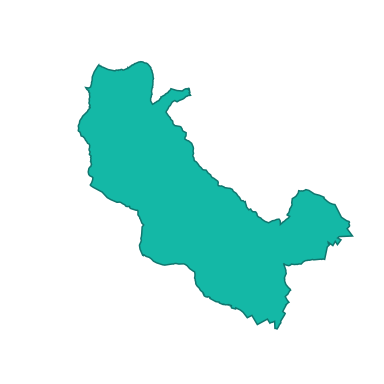 the district of Pestisu Mic, Hunedoara, Romania, rotated 39°
{"feature_id": "2599482B25386537179631", "entity_name": "Pestisu Mic", "entity_type": "district", "adm_level": 2, "iso_a3": "ROU", "parent_name": "Romania", "parent_adm1": "Hunedoara", "projection": "albers", "projection_center": [22.828, 45.805], "detail": "fine", "context": "isolated", "style": "filled", "palette": "teal", "viewbox_px": 384, "rotation_deg": 39, "n_neighbors": 0, "source": "geoboundaries", "source_scale": "gbopen_adm2", "svg_char_len": 6038}
<svg xmlns="http://www.w3.org/2000/svg" viewBox="0 0 384 384"><g transform="rotate(39 192 192)"><path d="M110.6,125.0L110.9,126.1L110.9,127.3L110.5,128.7L110.9,129.6L109.7,132.6L109.8,133.7L108.8,136.0L108.4,137.5L108.1,137.6L108.7,138.9L108.5,139.8L108.7,141.8L107.7,143.8L107.6,144.8L107.0,145.9L107.0,146.7L106.1,148.7L102.6,147.3L100.8,145.1L100.5,143.8L99.3,141.8L99.5,141.3L97.2,139.3L95.6,136.4L95.6,135.4L94.8,134.8L94.3,133.5L92.8,131.7L92.3,130.8L91.5,130.2L90.6,127.9L89.9,127.6L87.6,125.2L85.3,123.7L84.7,123.0L82.3,122.0L81.7,121.2L77.3,120.4L75.6,120.5L73.8,121.6L72.1,121.8L70.1,123.0L69.9,123.6L69.0,124.2L67.2,127.7L66.7,128.2L66.3,130.2L65.8,130.6L65.4,131.5L65.4,132.4L64.9,133.2L65.1,133.6L64.8,134.3L64.9,134.7L64.4,135.2L64.3,135.7L63.9,135.7L64.4,136.4L63.9,136.8L62.2,140.1L61.5,140.8L60.7,140.8L60.0,141.1L59.6,141.6L59.5,142.2L58.2,143.3L58.2,143.9L57.6,144.1L56.3,145.0L56.1,146.0L55.6,146.5L49.8,149.6L44.1,151.1L43.0,151.6L42.2,151.4L41.7,151.9L40.9,151.7L40.4,152.3L40.1,152.3L39.6,151.9L39.6,153.6L40.4,160.1L42.1,165.4L44.2,168.2L45.0,170.2L45.8,171.1L47.1,174.4L46.1,176.4L43.7,177.7L45.7,178.4L48.3,178.4L48.6,179.2L50.2,179.5L50.6,180.4L52.9,182.6L53.6,184.6L54.5,185.1L54.7,185.7L55.2,186.1L55.7,187.4L56.4,188.1L57.6,188.5L58.3,189.0L58.4,190.2L58.7,190.6L59.3,190.2L59.8,190.5L59.7,194.0L60.1,195.0L59.3,202.0L59.7,203.6L59.8,205.9L60.1,207.5L61.4,209.7L61.8,211.7L62.4,212.6L63.7,213.6L65.0,215.9L65.5,216.1L66.8,215.9L68.1,216.4L70.5,218.2L72.5,217.5L74.8,217.8L76.6,218.7L78.3,219.0L80.2,219.8L81.8,219.5L83.1,220.1L84.5,222.0L85.0,223.4L85.7,224.2L87.4,224.9L87.9,225.5L88.4,227.2L88.9,227.5L90.4,227.4L91.0,227.7L91.4,229.0L92.3,229.4L93.4,231.2L93.9,231.5L94.2,231.9L94.1,232.3L95.0,232.6L96.7,234.0L96.7,234.7L97.0,235.0L97.3,236.0L96.9,237.0L97.1,238.7L98.7,241.7L100.5,243.2L102.1,243.7L105.2,243.1L106.0,243.3L107.2,245.2L108.2,248.1L108.5,250.5L109.0,250.8L112.3,250.5L122.2,248.6L129.7,249.7L133.8,249.0L140.2,247.2L142.2,245.3L143.7,244.8L145.2,244.8L147.9,244.2L149.0,244.6L149.9,244.6L151.6,243.5L152.5,242.5L153.7,243.4L154.8,243.4L159.7,241.5L161.3,240.5L162.2,241.0L164.4,243.8L167.1,244.5L168.0,245.3L169.2,245.7L172.5,247.7L175.2,248.0L175.2,250.5L178.8,255.5L180.7,258.4L181.4,260.1L182.2,260.9L182.9,261.2L183.7,263.0L184.5,266.1L184.9,266.7L187.7,269.2L193.5,272.2L194.3,272.0L194.1,271.1L196.9,270.9L199.9,269.7L202.7,269.6L205.6,270.0L209.1,269.3L215.1,267.0L216.9,265.9L222.0,260.3L222.8,259.8L223.4,258.7L224.5,257.6L227.1,256.3L230.7,253.1L232.0,252.6L234.7,252.3L238.3,253.0L242.8,252.7L244.2,252.4L245.8,253.7L247.3,255.6L248.1,257.2L249.1,257.6L250.4,258.9L251.7,259.7L252.0,260.3L253.2,261.2L255.4,261.9L257.9,262.1L260.5,263.1L263.9,263.2L265.3,263.9L265.0,264.1L266.8,265.0L268.4,264.8L269.9,264.1L270.1,264.0L270.3,263.2L271.9,262.7L272.5,262.6L272.9,263.4L279.5,262.2L282.5,260.5L283.1,261.0L287.1,259.8L287.2,259.2L288.7,258.8L291.0,256.8L291.6,257.5L291.3,256.6L291.5,256.4L293.0,256.0L293.6,256.9L293.3,255.9L294.1,256.7L293.6,255.7L294.1,255.5L294.8,256.6L295.7,257.2L299.5,255.5L298.9,254.5L303.8,253.3L307.5,253.3L314.1,254.9L316.2,250.2L326.2,253.9L330.6,243.3L335.1,244.9L335.3,244.0L336.5,242.6L337.6,240.5L342.3,245.8L343.0,245.3L344.3,244.9L344.0,242.5L343.3,239.6L343.5,239.0L343.5,238.5L343.2,237.5L342.6,237.0L342.2,236.4L341.2,228.9L340.8,227.7L337.8,227.8L337.6,227.2L336.3,220.7L336.0,220.7L336.5,217.1L336.7,216.7L333.9,216.1L330.3,214.6L330.4,212.9L330.8,211.4L330.1,207.4L330.4,206.2L329.2,205.7L327.1,205.6L323.2,204.8L320.2,203.0L319.5,202.3L318.9,201.3L318.5,201.3L317.8,200.4L316.9,197.7L316.6,196.2L314.5,194.3L314.3,193.8L308.5,190.2L308.6,189.9L310.2,189.9L313.4,188.5L314.1,187.6L314.6,186.3L314.6,185.5L317.4,183.8L318.6,182.5L319.3,182.2L320.5,180.5L322.2,179.3L322.4,176.6L322.7,175.5L323.4,173.9L324.8,172.5L324.9,172.1L326.5,170.8L328.1,168.6L329.3,168.1L334.5,163.0L335.3,162.7L335.9,161.6L337.5,160.9L331.7,149.6L332.0,146.6L330.6,146.4L329.4,145.3L335.2,145.0L334.4,140.2L338.2,141.4L337.9,135.4L334.1,136.1L334.5,134.0L344.4,125.2L335.6,122.9L335.9,119.6L335.3,118.6L333.9,118.1L333.4,116.4L332.6,116.1L330.3,117.0L324.0,117.6L311.0,111.8L309.1,112.9L306.0,113.9L303.3,114.1L298.5,113.9L298.0,113.0L297.8,113.0L293.2,114.3L288.4,116.5L281.9,117.2L279.0,118.5L278.5,119.9L277.3,121.7L276.4,122.2L275.5,123.1L274.1,123.8L275.2,126.0L275.5,129.6L275.0,131.7L274.1,134.0L276.3,137.6L277.8,138.9L278.4,141.3L278.7,143.8L279.6,145.3L280.3,147.3L280.1,149.5L281.1,149.9L281.9,149.4L281.6,149.8L283.2,149.4L283.3,151.5L282.5,154.0L282.1,157.1L281.6,157.8L281.7,158.1L281.1,161.6L279.5,159.7L278.4,158.8L276.7,158.3L275.1,160.0L274.0,162.2L272.6,163.7L270.9,167.7L267.2,168.9L263.6,169.2L261.9,168.9L259.3,169.6L257.6,169.3L255.9,167.9L254.0,167.4L251.5,169.1L249.8,168.9L248.3,168.3L247.3,170.1L243.5,169.2L243.1,168.6L240.5,166.9L239.5,166.0L239.3,166.6L237.1,166.6L236.6,167.2L235.5,167.7L232.3,166.3L230.0,166.1L227.3,165.2L223.7,165.5L221.7,164.6L219.2,165.2L218.3,165.9L214.7,168.0L213.9,167.9L211.1,168.7L210.5,169.4L208.5,170.5L207.7,170.1L206.3,168.0L205.3,167.4L200.1,167.6L198.5,168.1L196.5,167.5L195.8,167.0L192.5,167.1L189.2,166.1L186.8,167.7L185.8,167.8L183.8,167.3L181.2,167.2L179.7,166.6L176.6,165.9L174.0,166.2L172.0,164.3L170.2,163.7L169.5,162.8L168.9,161.0L167.1,159.6L165.7,157.2L164.6,156.3L161.1,154.4L157.2,154.4L155.8,155.0L153.1,155.3L152.1,153.8L152.1,152.4L151.9,152.0L150.1,149.6L146.9,150.3L145.6,150.0L144.6,149.2L142.4,148.4L141.3,148.7L136.9,151.2L134.7,151.0L134.0,150.7L133.1,149.7L132.2,149.0L129.7,148.9L128.5,148.0L125.8,147.6L121.6,146.3L121.2,145.3L121.1,143.3L120.3,139.7L120.7,138.6L120.1,135.3L120.1,134.3L121.1,131.7L123.1,131.5L123.7,131.2L124.5,128.9L126.3,125.8L126.8,124.5L127.3,121.4L127.9,120.7L128.1,119.7L130.0,117.8L128.8,117.3L128.5,117.5L127.3,116.5L127.7,116.0L124.6,113.4L124.4,113.4L124.4,113.9L124.8,114.5L123.7,114.2L123.4,115.0L122.4,115.4L121.6,116.9L121.1,118.3L121.1,119.2L120.3,120.0L116.5,122.6L110.6,125.0Z" fill="#14b8a6" stroke="#0f766e" stroke-width="1.5"/></g></svg>